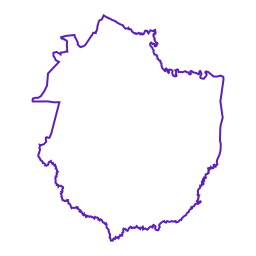 the district of Pathum Rat, Roi Et, Thailand
{"feature_id": "78962969B53925020566398", "entity_name": "Pathum Rat", "entity_type": "district", "adm_level": 2, "iso_a3": "THA", "parent_name": "Thailand", "parent_adm1": "Roi Et", "projection": "equal_earth", "projection_center": [103.363, 15.626], "detail": "fine", "context": "isolated", "style": "outline", "palette": "violet", "viewbox_px": 256, "rotation_deg": 0, "n_neighbors": 0, "source": "geoboundaries", "source_scale": "gbopen_adm2", "svg_char_len": 5747}
<svg xmlns="http://www.w3.org/2000/svg" viewBox="0 0 256 256"><path d="M155.6,32.9L155.0,29.9L154.1,30.3L153.7,31.3L150.5,30.3L148.5,33.4L147.6,32.1L147.4,31.0L146.0,31.0L145.7,30.6L144.9,31.1L144.1,33.4L143.1,34.3L142.8,33.7L141.1,34.3L140.9,33.6L140.4,33.9L140.3,33.3L139.0,33.5L138.6,32.9L136.3,34.0L136.1,33.5L135.2,33.1L134.3,33.4L133.8,33.0L131.9,31.3L131.2,29.6L130.3,29.2L129.9,29.4L129.5,28.9L128.8,29.0L128.4,28.1L128.0,28.8L127.2,28.4L125.4,28.6L123.4,26.5L123.3,25.5L120.0,24.2L116.2,22.0L115.7,21.3L111.8,19.8L110.3,18.7L108.7,18.4L108.2,18.1L108.2,17.7L106.9,17.4L103.7,15.4L101.7,19.6L99.5,20.3L98.6,22.1L97.5,26.0L97.3,28.4L96.4,31.4L95.8,31.6L95.8,33.0L93.1,32.8L92.4,34.4L85.2,45.1L83.2,46.3L80.4,47.1L78.0,44.9L77.7,44.4L77.9,42.8L75.8,38.4L74.9,37.1L74.5,35.0L65.8,35.9L61.1,37.2L61.6,38.6L63.9,38.8L64.2,39.5L66.2,40.3L67.1,41.3L66.8,44.7L67.3,51.7L65.8,51.5L64.4,52.2L60.8,52.6L60.6,54.4L56.6,51.9L53.4,52.8L53.5,56.1L54.4,57.2L55.8,60.2L59.0,61.9L48.0,73.5L47.0,85.6L44.4,91.0L40.8,96.2L37.9,97.9L35.1,97.8L33.7,98.6L33.0,98.5L32.5,100.2L32.7,101.3L33.2,101.5L48.0,101.4L53.8,102.3L59.4,102.2L51.2,133.8L49.4,137.8L48.1,137.8L46.9,137.2L45.8,137.7L45.9,140.1L46.3,141.6L43.9,144.2L41.5,145.1L39.7,144.7L40.0,145.9L39.4,148.1L40.1,149.3L38.2,155.6L38.9,157.4L39.5,157.6L40.4,159.9L41.2,160.3L41.6,161.1L42.1,161.1L42.8,162.2L42.8,163.1L44.3,163.4L45.2,164.2L45.3,165.3L45.8,165.1L46.3,165.7L47.8,165.0L48.5,164.1L48.5,162.8L48.8,162.2L50.9,161.0L51.2,162.3L52.2,162.9L52.4,163.6L53.0,163.2L53.4,164.4L54.1,164.7L54.4,165.5L55.1,165.0L55.3,166.0L56.0,166.6L55.7,168.5L56.4,168.7L57.2,171.1L57.9,171.8L56.8,172.5L56.5,173.2L57.1,174.2L56.2,175.7L56.5,176.7L55.6,176.7L55.3,178.7L55.7,180.3L55.5,182.7L56.8,183.9L56.7,185.0L58.0,185.0L58.4,186.7L59.2,185.8L61.2,185.8L62.1,186.9L63.1,187.2L63.0,188.2L62.1,189.7L62.5,190.5L62.4,191.5L61.3,191.8L61.9,192.8L60.8,193.5L61.8,195.9L61.4,196.7L62.3,198.2L62.2,199.3L62.5,200.0L63.0,200.4L63.7,200.3L65.0,201.2L66.1,200.5L66.9,200.9L67.3,200.0L67.9,200.0L68.0,201.2L68.5,202.0L68.4,203.4L70.1,204.3L71.2,207.4L71.7,208.2L72.5,207.7L74.8,208.0L76.5,207.0L77.1,208.1L77.7,207.6L77.9,208.8L79.7,209.8L79.5,211.5L80.1,211.7L80.3,210.8L80.7,210.7L81.0,211.9L82.2,212.5L82.2,213.3L83.2,214.9L84.0,214.0L84.1,215.2L85.5,215.2L86.0,217.0L86.9,216.7L87.2,215.8L88.8,216.4L89.4,216.9L90.3,216.3L91.3,216.6L91.8,217.2L93.0,217.2L94.3,218.5L95.1,216.9L95.9,217.6L97.3,217.5L98.1,218.0L98.4,219.7L99.6,220.3L99.9,219.3L100.5,219.2L101.7,220.1L103.0,222.4L103.9,222.9L104.7,222.9L105.1,223.9L106.2,223.5L106.6,224.7L106.4,225.9L106.8,227.9L108.6,229.5L108.6,231.3L109.1,232.0L109.2,233.0L110.1,234.3L109.8,235.3L110.1,236.1L109.6,237.6L110.4,238.3L110.8,240.6L112.8,240.6L113.3,238.8L113.7,238.5L115.0,239.0L115.6,237.0L116.6,237.7L117.7,237.1L118.2,238.3L118.6,238.4L119.0,236.8L119.9,236.1L120.2,235.0L121.7,235.8L122.2,235.6L122.4,235.1L122.2,233.0L123.4,232.0L123.2,229.3L123.6,228.6L125.7,229.2L126.2,230.3L127.6,230.8L129.4,227.6L130.3,227.3L130.8,226.7L131.2,226.9L131.5,228.0L132.7,228.1L133.9,227.3L134.7,227.9L135.6,227.6L136.7,226.1L137.9,227.5L140.1,229.0L140.3,227.7L141.9,227.9L142.8,226.7L143.1,227.3L143.0,229.4L145.4,228.4L147.3,229.7L150.3,226.6L151.2,226.5L152.3,227.5L152.7,227.5L153.1,225.3L153.5,224.9L155.6,226.4L155.1,228.4L155.7,229.6L157.8,230.4L158.5,229.9L159.1,228.0L159.8,227.0L159.1,225.4L159.4,224.5L161.4,222.5L164.1,221.0L165.0,222.2L166.0,222.6L167.1,221.1L169.3,221.8L170.7,221.7L171.8,221.1L173.3,221.6L175.6,221.0L175.8,222.2L176.4,222.4L178.4,221.7L180.1,219.8L181.3,219.9L181.9,218.3L183.7,216.5L186.1,215.0L187.2,212.8L188.6,212.2L189.1,210.6L190.0,209.5L191.2,208.8L191.2,207.7L192.1,208.0L192.2,206.7L194.0,206.3L195.5,203.8L198.2,203.8L200.6,202.0L200.6,201.4L200.3,201.3L199.0,201.9L199.0,202.4L197.8,202.2L196.8,201.2L198.2,199.5L198.1,198.3L198.7,197.3L198.4,196.2L199.0,195.4L197.8,195.2L197.5,194.6L198.2,193.4L197.8,191.4L198.4,189.4L200.2,187.6L200.2,185.5L201.5,185.6L201.9,184.1L203.3,184.3L203.5,183.6L203.2,182.7L202.0,182.5L201.8,182.0L202.3,181.3L203.1,181.6L204.2,181.1L204.3,179.7L202.9,180.2L202.9,179.1L203.9,178.4L204.1,177.5L205.2,177.9L205.9,177.7L205.5,175.9L205.8,174.3L207.7,173.8L208.1,172.8L208.7,172.7L208.3,171.4L209.0,170.5L208.1,168.9L208.2,168.2L209.5,168.0L210.2,168.8L210.7,168.8L211.2,167.7L210.5,167.7L210.7,166.9L212.9,168.3L213.4,167.9L214.0,166.2L213.6,165.3L213.7,164.9L214.3,164.7L214.6,165.9L215.6,166.7L216.2,165.1L217.3,164.5L216.8,162.4L217.0,160.3L219.6,154.3L220.5,150.4L220.8,144.4L220.0,140.3L220.3,128.4L220.7,125.2L222.7,117.7L220.4,101.4L223.5,79.3L223.3,76.9L220.5,75.6L217.4,76.5L213.6,76.5L208.2,72.0L206.0,71.4L205.4,71.9L205.3,72.7L206.6,73.9L206.5,75.4L204.1,78.5L203.3,78.8L200.7,78.1L200.3,77.5L200.4,76.0L201.5,74.1L201.0,72.2L200.2,71.0L199.5,71.4L199.0,74.0L198.4,74.2L196.2,73.0L193.0,72.3L191.9,71.2L190.7,71.0L190.3,71.7L190.9,73.7L190.2,74.4L189.1,74.0L187.9,72.2L187.0,72.3L185.2,71.2L182.3,72.3L180.3,71.9L178.7,72.2L177.9,69.7L177.3,69.4L175.3,70.3L176.1,71.6L176.1,73.3L175.6,74.2L176.6,75.2L176.2,76.2L175.1,76.4L173.3,75.7L172.7,74.9L172.2,73.0L172.6,71.0L172.0,70.3L170.8,69.7L169.2,69.7L168.8,70.7L169.0,72.3L168.6,72.9L168.1,72.4L167.8,70.1L166.1,68.5L165.4,69.2L165.9,70.6L165.7,71.2L164.7,70.8L162.3,68.1L161.5,65.8L161.5,63.6L160.5,62.5L160.4,60.7L159.1,60.4L158.4,59.2L157.5,58.8L157.5,57.2L156.8,56.5L156.9,55.4L155.4,54.5L154.4,54.5L153.4,51.7L153.8,50.5L152.7,49.1L152.3,47.8L150.5,45.8L150.1,44.7L150.3,43.4L150.8,42.7L151.4,42.6L152.6,44.1L153.7,43.6L154.9,44.5L154.5,45.9L155.3,46.4L156.4,45.8L157.5,43.6L157.2,42.9L156.1,42.7L154.4,39.7L154.8,38.8L153.6,36.7L153.4,34.4L154.0,34.0L154.7,34.3L154.8,33.1L155.6,32.9Z" fill="none" stroke="#5b21b6" stroke-width="2"/></svg>